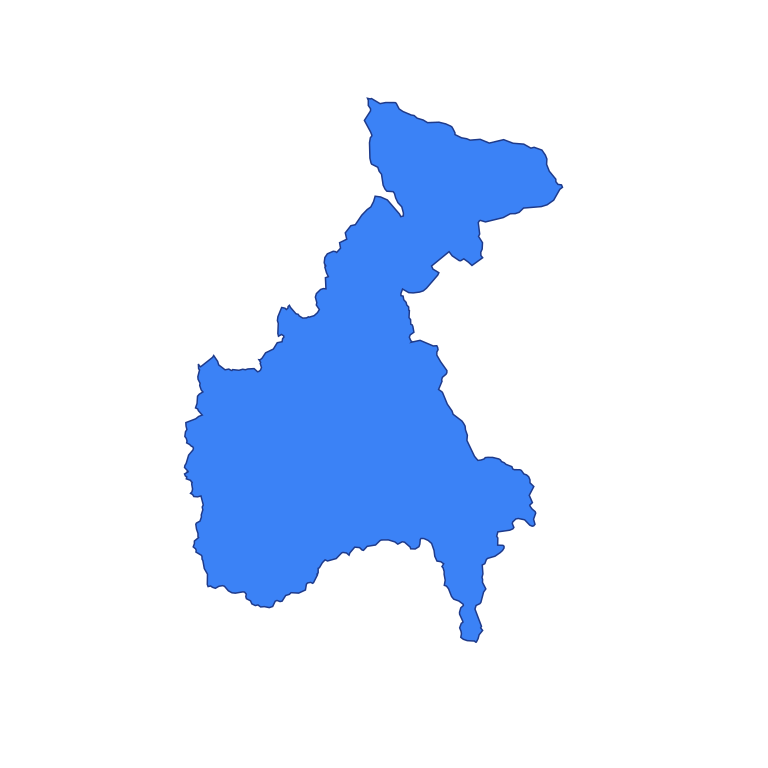 outline of ZAM, Hunedoara, Romania, rotated 160°
{"feature_id": "2599482B72694477410374", "entity_name": "ZAM", "entity_type": "district", "adm_level": 2, "iso_a3": "ROU", "parent_name": "Romania", "parent_adm1": "Hunedoara", "projection": "mercator", "projection_center": [22.46, 46.04], "detail": "fine", "context": "isolated", "style": "filled", "palette": "blue", "viewbox_px": 768, "rotation_deg": 160, "n_neighbors": 0, "source": "geoboundaries", "source_scale": "gbopen_adm2", "svg_char_len": 6159}
<svg xmlns="http://www.w3.org/2000/svg" viewBox="0 0 768 768"><g transform="rotate(160 384 384)"><path d="M301.8,658.1L301.7,656.0L303.5,651.1L302.5,647.2L303.3,645.2L312.3,638.4L310.4,625.4L310.3,621.9L310.8,621.1L312.6,620.1L315.1,615.7L320.0,601.0L320.6,596.2L320.4,594.8L315.7,589.8L315.8,585.6L314.6,581.9L316.8,571.2L316.4,566.9L315.4,564.2L309.6,561.6L309.0,559.5L309.4,554.9L308.9,549.6L306.7,544.4L307.3,538.0L308.4,535.3L311.0,535.5L311.3,538.3L317.9,555.8L323.2,560.9L328.1,563.5L331.4,559.0L335.8,554.9L340.1,553.7L347.1,550.3L356.5,543.5L361.0,544.1L368.7,539.3L369.5,532.8L377.4,532.0L378.4,526.5L383.5,523.8L384.3,525.0L386.3,526.1L392.7,525.7L396.3,523.1L398.6,518.7L398.8,517.2L398.3,515.5L398.9,515.4L398.7,514.5L399.6,514.1L400.0,508.2L399.6,503.9L402.7,503.9L406.0,493.3L408.3,494.4L411.3,494.5L416.6,492.1L418.8,489.1L419.3,483.4L420.6,481.4L419.3,476.1L422.1,473.8L426.3,472.1L431.5,472.4L432.1,473.0L434.1,472.6L437.8,473.7L440.4,477.0L440.8,478.8L442.7,480.1L445.7,488.0L446.0,490.3L447.6,489.6L448.3,488.2L450.3,487.4L451.1,489.1L454.0,490.9L460.7,483.5L462.5,480.0L462.6,477.2L466.5,467.7L466.8,465.0L463.4,465.6L461.8,463.6L462.1,462.2L463.7,461.4L465.3,458.6L470.2,459.3L476.0,454.7L484.6,453.8L489.7,450.0L492.1,449.1L493.2,449.6L492.5,446.6L493.3,445.7L493.5,441.4L495.2,439.4L496.8,438.7L498.6,438.7L500.8,442.9L506.8,444.7L509.4,444.8L511.7,446.2L515.6,446.5L521.3,449.3L522.2,448.7L523.0,449.1L524.7,451.1L528.5,451.7L532.8,458.5L532.6,462.2L534.3,469.0L535.9,467.7L550.4,462.9L551.3,464.3L551.6,466.3L553.0,461.7L552.5,460.3L556.4,454.6L557.1,452.0L556.6,447.6L557.7,445.6L557.8,440.9L556.9,438.5L561.1,437.6L563.4,436.3L566.3,429.7L569.3,426.0L567.6,424.3L567.6,422.5L565.4,417.0L569.3,416.9L572.8,415.7L583.4,415.5L584.4,412.2L584.8,408.6L586.9,407.0L589.1,402.8L588.4,400.5L588.6,397.8L589.6,396.2L587.4,393.7L586.2,391.2L585.3,390.7L585.0,389.0L586.0,387.4L591.9,384.0L597.1,377.0L598.9,375.6L600.0,373.8L598.0,369.0L599.1,368.7L598.8,368.3L602.2,367.7L602.1,365.5L601.1,364.2L602.2,362.5L598.7,359.6L598.5,357.9L597.9,357.2L598.9,355.9L599.8,350.8L601.3,348.4L603.2,347.4L601.7,345.7L601.2,343.3L597.7,341.7L594.3,341.4L595.2,332.1L596.9,330.6L597.3,327.7L600.5,323.5L601.1,321.4L603.8,318.1L607.8,317.5L608.8,316.6L609.8,311.9L609.9,307.2L611.0,304.2L610.8,303.1L615.9,301.3L616.8,298.8L619.0,296.2L617.4,293.5L617.4,291.8L618.2,290.4L614.2,285.5L614.0,284.3L614.9,281.6L614.6,280.1L616.0,272.0L614.9,265.7L618.6,256.1L618.6,253.8L616.0,253.5L614.8,251.7L612.3,249.7L608.3,250.4L604.6,249.7L603.1,248.5L601.0,242.9L598.3,239.8L595.2,238.3L587.6,236.9L586.2,236.1L585.3,233.7L586.6,231.4L586.7,229.3L583.6,225.9L583.4,222.6L580.7,219.8L578.0,219.5L576.2,216.7L572.5,215.7L568.3,213.1L564.7,213.0L560.5,217.1L558.6,217.2L556.1,215.1L554.0,214.8L548.7,218.9L544.9,218.7L542.7,219.7L535.7,216.7L528.3,217.3L525.4,222.4L523.9,223.2L520.8,222.7L519.2,221.1L518.1,221.5L511.7,227.5L512.0,228.3L510.5,229.0L508.9,233.3L507.6,233.4L503.1,237.1L499.5,238.9L497.6,237.0L488.6,236.3L481.7,239.7L480.2,239.8L477.0,238.0L475.4,235.1L473.8,237.0L467.3,240.7L462.9,238.6L461.4,235.5L460.2,234.7L455.3,237.2L447.0,235.6L441.3,238.2L439.7,238.3L433.2,236.0L427.8,231.9L425.8,228.8L420.8,229.5L418.8,228.3L415.2,221.8L415.3,220.0L411.1,218.3L406.8,219.2L405.1,221.3L403.1,225.5L402.0,226.2L399.3,225.1L396.0,221.9L393.8,217.9L393.9,210.5L395.2,204.8L394.8,199.5L391.4,197.6L389.4,194.6L392.0,192.6L391.4,191.1L391.6,187.2L392.6,184.6L393.6,178.7L396.2,174.2L394.4,172.7L393.4,169.5L393.2,161.2L392.1,158.0L387.9,154.5L384.9,149.9L385.2,148.7L388.4,147.4L391.1,143.7L391.7,141.8L391.1,134.0L391.4,133.1L393.2,132.7L396.3,129.0L396.2,125.1L396.7,122.7L398.5,119.7L396.8,117.0L393.6,114.4L386.9,111.5L386.2,110.1L385.5,109.9L382.7,112.5L380.4,115.8L375.6,118.7L376.6,121.8L375.3,122.9L375.5,141.4L373.2,144.4L369.1,144.8L367.7,145.6L361.6,154.4L358.4,156.6L359.3,163.9L358.2,166.6L358.0,168.9L356.0,171.7L353.6,180.3L350.7,180.7L347.8,184.1L346.2,184.7L338.6,184.2L332.5,185.8L329.6,187.0L327.3,188.8L326.7,190.5L327.4,191.7L332.3,193.7L329.7,200.4L330.2,202.4L327.6,206.1L315.8,203.6L312.5,203.8L311.0,204.8L311.2,208.9L310.3,210.3L306.3,212.1L303.8,211.7L298.3,208.3L295.3,201.5L293.4,199.7L291.9,199.5L290.1,200.5L289.7,205.8L285.6,210.8L285.6,212.4L287.6,215.9L288.5,218.9L288.5,220.3L285.1,221.8L285.6,229.7L278.3,236.4L280.6,241.2L279.6,244.1L279.8,247.4L281.1,249.8L283.3,251.6L284.5,255.8L285.7,257.0L290.9,258.9L292.1,260.2L292.1,262.6L296.9,266.8L297.9,268.8L300.1,270.9L300.6,272.9L301.7,274.3L307.1,277.9L311.7,279.6L314.0,280.2L315.7,279.3L319.0,279.4L321.9,280.1L323.7,285.1L325.4,302.6L323.2,307.3L323.1,313.1L322.2,316.7L322.7,319.9L323.4,322.5L329.4,331.9L329.3,335.4L331.4,343.4L331.9,355.6L332.2,356.8L334.6,360.2L328.5,366.8L328.5,368.0L326.9,370.3L322.3,372.0L321.1,373.1L320.3,375.1L323.2,385.6L324.5,393.1L323.4,396.0L321.5,397.7L321.1,399.9L321.3,401.9L324.7,402.9L335.2,412.7L344.0,413.9L343.2,414.3L344.0,415.5L344.2,419.3L342.6,421.2L338.2,422.4L337.2,428.1L337.3,429.9L338.4,431.1L337.0,435.4L337.8,437.8L335.0,444.4L335.5,445.0L334.5,447.9L335.6,450.5L335.3,453.2L336.6,456.4L336.0,460.1L337.8,461.2L337.2,463.2L334.1,466.9L329.5,461.4L325.3,459.6L319.1,458.2L315.2,458.1L311.3,459.5L296.3,467.9L294.4,469.8L298.7,475.2L299.0,478.6L277.6,486.1L276.1,481.1L271.1,474.2L269.8,473.6L266.2,474.3L263.0,469.6L260.8,465.3L248.1,468.9L249.0,471.6L248.0,474.7L245.6,477.2L243.1,483.1L244.7,490.4L242.8,492.2L240.2,503.5L238.4,504.8L237.5,504.8L233.2,501.6L215.0,499.6L207.0,500.8L202.4,499.2L198.3,499.1L192.7,501.6L175.5,496.9L169.4,496.6L161.7,498.7L152.2,506.8L149.0,507.8L149.1,510.4L152.3,512.1L153.3,515.4L152.5,517.7L155.9,527.4L156.1,534.8L154.0,539.7L154.1,543.9L155.6,549.8L162.0,555.1L165.3,555.4L170.6,561.6L180.4,566.1L188.0,572.7L202.7,574.4L209.9,581.0L219.7,583.7L222.4,586.2L226.9,588.8L232.0,594.1L231.4,595.8L231.9,600.2L232.3,602.4L233.2,603.6L237.0,607.3L242.8,611.2L253.7,614.7L256.9,618.7L261.9,622.4L263.9,626.0L266.5,627.5L273.0,633.6L275.7,637.3L276.5,643.6L277.2,644.6L286.1,647.9L291.8,648.8L298.1,656.5L299.5,656.6L301.8,658.1Z" fill="#3b82f6" stroke="#1e3a8a" stroke-width="1.5"/></g></svg>